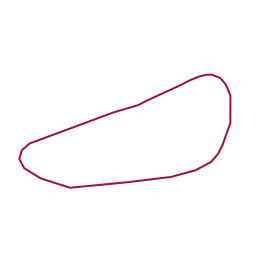 Nema, Federated States of Micronesia, rotated 284°
{"feature_id": "79324940B33523222033341", "entity_name": "Nema", "entity_type": "district", "adm_level": 2, "iso_a3": "FSM", "parent_name": "Federated States of Micronesia", "parent_adm1": "", "projection": "robinson", "projection_center": [152.577, 6.993], "detail": "fine", "context": "isolated", "style": "outline", "palette": "rose", "viewbox_px": 256, "rotation_deg": 284, "n_neighbors": 0, "source": "geoboundaries", "source_scale": "gbopen_adm2", "svg_char_len": 475}
<svg xmlns="http://www.w3.org/2000/svg" viewBox="0 0 256 256"><g transform="rotate(284 128 128)"><path d="M159.6,140.2L152.9,132.6L139.2,109.5L89.2,36.3L80.9,30.5L71.8,29.9L63.9,37.0L58.0,55.4L56.0,86.1L75.2,140.4L88.7,175.7L90.4,180.6L103.4,203.9L115.3,216.9L124.9,221.7L134.2,223.8L157.8,226.1L170.9,222.8L184.1,219.6L193.9,212.4L198.9,205.3L200.0,196.1L198.5,190.9L195.1,184.4L189.3,176.5L181.4,167.5L159.6,140.2Z" fill="none" stroke="#9f1239" stroke-width="2"/></g></svg>